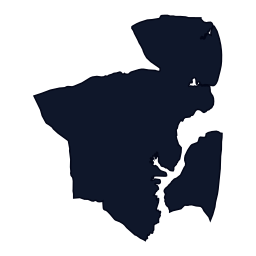 Lindi Urban, Lindi, United Republic of Tanzania
{"feature_id": "72390352B58883595926721", "entity_name": "Lindi Urban", "entity_type": "district", "adm_level": 2, "iso_a3": "TZA", "parent_name": "United Republic of Tanzania", "parent_adm1": "Lindi", "projection": "equal_earth", "projection_center": [39.68, -9.961], "detail": "fine", "context": "isolated", "style": "filled", "palette": "ink", "viewbox_px": 256, "rotation_deg": 0, "n_neighbors": 0, "source": "geoboundaries", "source_scale": "gbopen_adm2", "svg_char_len": 5901}
<svg xmlns="http://www.w3.org/2000/svg" viewBox="0 0 256 256"><path d="M160.2,215.4L160.0,214.8L159.9,214.0L160.5,212.4L160.4,211.5L159.8,211.3L159.1,211.7L158.6,211.6L158.0,210.2L156.9,210.5L156.3,209.7L156.4,208.4L158.3,202.4L158.6,199.9L158.5,198.6L158.1,198.5L157.4,199.6L156.8,199.9L156.5,199.5L156.5,198.9L156.7,196.1L155.3,195.9L153.7,195.2L154.5,194.3L155.7,191.5L156.3,191.4L157.1,190.2L158.4,189.2L158.4,188.3L158.1,187.3L157.3,185.9L156.6,185.3L155.6,185.0L155.0,184.1L155.2,183.4L155.8,183.2L158.5,183.7L159.5,183.5L160.2,182.6L160.3,181.5L160.0,180.2L159.6,179.7L155.2,179.1L153.8,180.0L152.8,180.1L152.0,180.6L151.1,180.1L151.6,179.1L152.0,178.8L151.9,177.8L152.9,178.3L153.5,178.2L153.4,176.2L156.0,175.8L165.3,176.1L166.5,175.8L166.6,175.0L166.0,173.1L165.2,172.4L161.3,171.1L160.3,170.5L159.3,169.7L157.0,166.6L155.5,165.6L154.6,166.2L154.0,165.7L152.4,165.0L152.3,164.3L152.8,163.8L152.2,163.6L153.3,162.4L153.1,161.9L152.7,161.8L152.2,162.1L150.3,162.6L150.0,161.7L150.4,161.4L152.0,160.8L152.5,160.0L152.1,159.4L150.9,159.4L150.4,158.4L150.8,157.8L151.5,158.1L152.2,157.8L153.5,158.8L153.2,157.9L152.6,157.1L153.0,155.9L153.7,156.1L154.7,154.5L155.2,158.1L155.8,158.6L156.4,157.8L156.2,153.4L156.9,152.2L157.5,152.5L157.8,154.5L157.6,156.6L158.7,156.8L158.5,161.1L159.1,162.7L160.3,163.8L161.2,165.7L161.9,166.2L163.9,166.6L166.0,167.9L166.7,167.6L170.1,170.4L172.3,170.8L173.2,170.8L173.7,169.5L173.7,167.3L174.2,166.4L176.2,164.4L176.6,163.1L177.3,162.4L177.7,161.3L179.6,159.1L181.0,152.3L181.2,147.7L178.7,144.8L178.3,144.9L178.1,143.4L176.6,138.9L176.0,136.0L176.7,135.3L176.1,129.7L177.2,128.2L177.9,125.0L179.4,122.1L180.9,120.1L181.2,120.1L182.1,121.0L182.5,121.0L182.9,120.6L183.3,119.3L183.7,118.6L185.1,117.4L189.4,116.9L190.0,116.7L190.7,115.5L192.7,115.1L193.6,113.9L195.0,111.3L195.9,110.2L197.3,109.4L199.1,109.5L200.7,110.1L203.3,112.2L204.0,112.4L205.9,111.5L207.0,110.2L209.0,109.6L209.5,109.0L211.1,108.0L211.7,107.5L212.9,105.2L213.3,104.8L213.6,101.4L213.4,98.4L212.7,96.1L210.8,93.3L210.1,91.4L210.1,89.8L209.7,86.7L208.4,86.0L206.9,85.7L204.8,85.9L203.7,85.7L201.9,86.0L199.2,84.3L198.7,84.6L197.7,86.0L196.7,86.2L196.0,86.7L194.9,86.0L193.2,86.5L190.6,86.0L189.0,86.4L188.6,85.8L188.7,84.9L189.3,84.3L189.3,83.7L189.9,83.2L190.1,82.6L190.8,82.4L191.5,82.8L192.0,82.7L192.2,82.0L191.9,80.2L192.0,79.2L192.4,78.6L193.9,77.7L195.3,77.8L195.7,78.5L196.1,80.1L196.2,83.0L196.8,84.2L197.2,84.0L197.6,81.9L198.2,81.7L199.7,82.2L199.9,82.6L199.8,83.4L199.9,84.4L200.9,84.3L202.1,85.0L204.8,84.6L208.4,84.8L212.6,85.6L213.8,85.5L215.1,84.6L216.2,83.1L217.4,80.5L220.0,70.4L221.0,65.6L221.4,61.5L221.5,55.0L221.3,50.7L220.6,45.0L219.3,38.8L217.0,31.3L214.2,26.3L213.8,26.1L213.0,27.6L212.0,28.7L211.2,30.4L210.9,33.5L211.2,34.5L211.2,34.8L210.8,34.8L211.0,35.3L209.9,35.0L208.9,34.2L207.2,34.2L206.7,34.5L206.7,34.9L205.9,35.0L205.8,36.1L205.0,38.3L204.5,38.8L203.8,39.0L203.1,38.8L202.2,37.5L201.9,37.8L201.6,38.5L201.0,38.8L200.7,38.7L200.5,38.1L201.1,37.1L201.8,36.5L203.2,36.9L203.9,37.6L204.3,37.5L204.6,37.0L204.9,34.5L205.2,34.0L208.1,33.3L207.9,31.6L208.8,31.6L209.2,31.0L209.8,29.1L211.3,28.6L212.4,27.4L212.7,25.3L212.6,24.6L211.8,23.1L210.7,22.3L208.4,22.4L206.4,22.8L204.1,22.2L203.4,21.8L201.3,19.6L200.9,18.8L200.9,17.9L188.5,17.8L185.7,17.0L180.3,16.6L175.6,16.6L173.2,16.1L170.2,16.2L167.5,15.4L165.2,15.4L161.7,15.6L160.9,16.0L159.8,18.1L159.1,18.6L152.3,19.7L147.3,20.1L140.1,22.4L136.7,23.9L132.6,26.2L132.0,26.7L131.9,28.2L133.6,30.8L134.6,33.4L137.9,39.7L139.3,42.9L141.1,45.8L143.2,49.9L143.5,50.7L143.3,50.8L144.7,54.1L146.8,57.7L150.9,61.6L159.8,67.8L160.2,68.3L160.1,68.9L160.2,70.5L159.2,71.5L156.8,71.1L155.1,70.5L148.6,70.1L143.7,69.3L141.3,69.3L138.7,69.8L131.2,72.1L130.2,72.7L128.7,74.1L128.0,74.3L125.4,74.2L124.5,73.4L123.1,74.4L122.7,74.4L120.7,72.3L119.7,72.1L116.5,73.1L113.9,73.4L111.7,74.5L109.1,75.2L107.3,76.4L105.4,76.0L103.9,76.9L101.3,77.1L96.9,76.5L92.5,77.1L90.4,77.9L82.1,83.0L74.2,86.3L72.2,86.9L67.9,86.6L66.8,86.8L64.7,87.8L59.6,88.2L50.4,90.2L41.6,93.5L34.0,96.0L40.6,109.6L42.3,115.7L46.0,122.5L46.6,123.2L49.4,124.9L52.3,127.1L53.5,128.9L58.0,133.0L68.4,140.6L69.9,148.8L69.7,150.7L70.8,159.4L70.6,167.1L71.0,171.3L70.8,173.3L71.2,175.4L72.8,177.5L73.4,180.9L73.3,189.2L73.2,191.0L73.7,193.9L73.7,198.0L79.9,197.5L84.4,199.1L88.1,199.2L92.0,200.9L93.7,201.0L94.4,200.5L95.9,200.3L97.8,201.5L99.2,201.7L101.4,201.5L102.9,200.8L103.4,208.1L103.7,209.0L104.5,209.7L106.3,210.3L107.7,211.4L110.3,214.1L114.4,219.0L115.4,219.9L119.8,221.6L123.0,223.5L124.7,225.0L126.9,227.6L135.0,234.8L136.6,235.3L140.5,238.1L143.5,239.5L145.3,240.6L145.9,239.0L146.9,238.7L147.5,238.1L147.1,237.1L147.1,236.6L147.8,234.9L148.3,235.3L149.2,234.9L150.3,232.5L150.8,232.6L151.6,233.1L152.4,233.1L152.8,232.3L152.7,231.4L153.5,230.3L153.7,229.7L153.7,226.6L153.9,224.9L154.5,224.2L156.2,223.5L157.3,222.7L158.2,222.5L158.6,222.1L158.4,220.0L158.7,218.9L158.7,217.8L159.6,216.9L160.2,215.4ZM221.9,137.5L222.0,133.4L220.1,133.1L218.5,131.9L216.3,131.3L212.0,131.7L208.2,132.7L206.3,133.8L205.7,137.1L203.7,137.5L200.3,137.2L199.7,137.6L199.3,138.1L198.7,140.5L197.8,142.5L192.0,144.7L190.8,145.8L189.1,148.3L187.7,150.5L185.2,155.8L184.8,158.2L184.8,160.4L185.8,163.6L185.4,166.1L184.4,167.3L180.6,175.2L176.6,178.3L174.4,179.1L171.7,181.8L171.1,182.9L169.7,184.4L168.5,185.4L168.3,186.1L165.5,188.4L164.5,189.9L164.2,191.0L164.4,191.8L165.0,193.1L165.7,193.7L164.6,197.4L164.7,198.2L165.2,198.7L165.0,201.3L165.8,202.9L165.8,204.0L166.2,204.8L167.1,206.0L168.7,207.3L169.1,209.0L169.7,210.3L169.7,212.0L172.9,210.6L180.9,208.7L184.5,205.1L187.9,205.2L189.6,204.8L191.8,204.7L196.2,205.8L200.3,206.2L201.2,206.6L202.6,207.9L204.1,210.9L209.0,217.0L210.3,220.5L212.6,214.7L214.8,206.9L215.4,202.2L217.3,194.1L218.0,189.5L220.1,168.9L220.5,156.2L221.3,149.5L221.4,141.7L221.9,137.5Z" fill="#0f172a" stroke="#020617" stroke-width="1.5"/></svg>